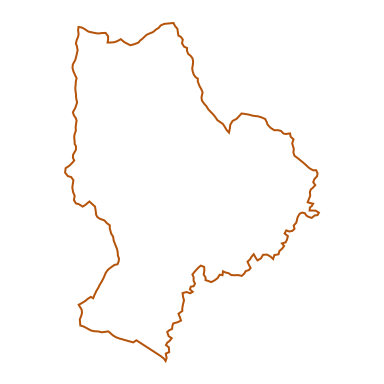 São Pedro do Turvo, São Paulo, Brazil (orthographic projection)
{"feature_id": "56859067B64478700052962", "entity_name": "São Pedro do Turvo", "entity_type": "district", "adm_level": 2, "iso_a3": "BRA", "parent_name": "Brazil", "parent_adm1": "São Paulo", "projection": "orthographic", "projection_center": [-49.764, -22.69], "detail": "fine", "context": "isolated", "style": "outline", "palette": "amber", "viewbox_px": 384, "rotation_deg": 0, "n_neighbors": 0, "source": "geoboundaries", "source_scale": "gbopen_adm2", "svg_char_len": 3947}
<svg xmlns="http://www.w3.org/2000/svg" viewBox="0 0 384 384"><path d="M134.0,44.3L130.3,45.2L124.4,42.2L120.8,39.2L117.5,41.0L114.4,42.2L110.6,42.5L107.6,42.5L108.1,39.5L108.1,36.2L105.6,32.9L102.2,33.0L98.3,33.5L94.9,33.0L88.4,31.6L84.1,28.7L81.4,27.4L78.5,27.0L78.1,30.0L78.6,34.4L77.9,37.3L76.7,40.0L75.9,43.6L76.9,46.2L77.6,50.3L76.6,54.9L75.3,59.9L72.8,64.5L72.5,68.1L73.5,71.6L75.4,75.8L76.6,78.3L75.8,81.6L75.7,84.2L75.3,87.9L75.5,91.0L76.0,94.1L76.1,97.8L77.1,102.5L75.3,107.9L72.9,112.2L73.8,115.2L75.9,118.3L76.6,120.8L76.1,123.5L75.6,127.7L75.9,130.4L74.4,134.9L74.2,137.6L74.6,141.1L74.7,143.9L76.0,146.3L75.9,149.8L73.1,154.7L72.9,157.7L74.2,160.5L72.2,162.9L69.4,165.7L65.6,168.2L65.1,172.6L67.8,176.1L71.1,177.0L73.4,180.2L72.9,183.4L72.3,187.5L73.1,192.1L74.7,195.9L73.9,200.0L75.9,203.4L78.9,204.2L82.7,206.6L85.4,204.9L89.4,201.5L92.7,204.5L95.0,206.6L95.7,210.8L96.1,214.6L97.2,216.9L99.9,218.8L104.4,220.4L106.8,223.1L109.8,225.3L109.7,228.0L111.2,233.7L113.1,236.6L113.7,240.6L116.0,246.5L117.1,249.2L117.7,252.4L117.9,255.7L119.0,258.6L118.6,261.6L117.5,264.3L114.5,264.9L111.6,266.9L108.0,269.7L105.7,272.9L103.8,277.5L101.7,281.6L99.7,284.8L98.4,287.6L96.3,291.1L94.5,294.9L93.2,298.2L90.8,296.9L87.7,298.9L85.5,300.8L83.0,302.4L78.7,304.8L81.7,309.7L82.0,312.9L81.2,315.9L79.8,319.4L80.3,325.5L83.3,326.4L85.9,327.7L90.8,330.4L93.9,331.2L98.7,331.5L101.8,332.3L108.4,331.4L113.2,335.6L116.4,337.4L119.4,338.5L133.2,342.4L136.4,340.3L160.6,356.0L163.9,358.6L165.6,361.0L166.6,358.0L165.8,353.6L169.2,352.1L168.8,347.3L166.0,345.1L167.2,342.7L169.4,341.1L171.7,338.2L168.6,336.1L167.2,332.0L169.2,330.3L172.1,328.9L172.4,325.8L173.3,323.4L177.6,322.2L181.0,320.6L180.0,317.5L178.5,313.7L182.3,311.0L182.3,308.2L182.9,304.7L184.0,300.4L183.0,296.7L182.6,293.1L186.6,292.0L190.2,293.3L192.7,291.8L189.9,289.4L190.8,286.7L193.7,286.2L195.0,283.6L193.6,280.7L193.6,277.1L192.4,274.5L194.8,271.5L198.3,267.7L200.8,265.6L204.1,266.9L204.4,270.1L203.7,274.6L205.6,277.5L205.5,280.1L208.3,281.0L211.2,282.1L214.7,280.3L217.6,278.1L219.7,274.7L222.5,275.2L223.0,271.3L225.2,272.4L228.6,273.2L231.3,275.1L234.5,275.2L238.3,275.1L241.7,275.9L244.2,273.7L245.7,271.1L248.8,270.1L250.6,268.0L248.9,264.8L247.5,261.7L250.1,259.3L251.5,256.8L253.7,254.2L255.6,257.6L257.5,260.4L260.9,258.4L263.0,254.8L267.0,254.6L270.4,256.5L273.1,259.0L274.3,255.1L278.5,254.3L279.5,250.9L282.2,248.6L284.1,246.0L282.0,243.4L285.6,242.4L287.0,239.6L287.9,236.1L284.6,233.5L286.3,230.4L289.3,231.5L292.3,230.9L294.5,228.8L293.7,225.5L296.3,222.7L297.6,217.3L299.7,213.7L302.2,212.6L304.8,213.2L306.5,215.7L308.7,216.9L311.7,217.9L314.6,215.5L317.5,215.1L318.9,212.7L315.8,210.7L312.1,210.5L309.6,210.5L309.9,207.5L311.8,206.0L313.1,203.7L310.1,203.0L307.7,202.3L308.8,199.3L310.2,195.8L309.9,192.0L310.7,189.6L312.7,187.9L315.3,185.1L313.2,182.2L314.4,179.1L317.1,176.2L317.5,173.1L316.1,170.2L313.2,170.3L310.9,169.1L308.9,167.8L305.8,164.9L302.6,162.1L300.1,160.1L297.4,157.9L294.4,155.7L293.4,152.4L293.8,148.8L292.2,143.5L293.5,139.3L290.7,136.8L290.0,133.4L286.0,134.0L283.4,133.5L281.1,131.0L278.3,130.2L274.3,130.2L270.5,127.8L267.5,124.5L266.7,122.1L265.2,119.0L261.3,117.3L258.0,116.3L255.0,116.0L252.3,115.6L248.8,114.6L244.7,113.9L241.5,113.5L238.8,116.5L236.4,119.0L232.6,120.9L230.3,124.7L229.8,128.7L229.0,132.6L226.6,130.0L224.5,126.4L222.8,123.9L219.7,121.7L217.5,120.3L215.2,116.9L212.8,114.0L210.4,111.6L208.2,109.2L206.5,106.3L204.2,103.8L201.9,100.5L201.5,97.3L202.6,92.4L201.2,89.0L199.6,86.2L197.8,81.6L197.8,78.6L195.5,77.1L193.7,74.5L192.7,71.4L192.2,68.6L192.9,64.4L193.1,61.3L192.5,58.3L190.6,55.8L188.2,53.9L186.9,50.6L187.1,48.0L184.1,46.7L182.0,43.3L182.8,39.6L180.8,36.8L178.4,35.6L178.0,33.0L177.4,28.8L175.0,26.0L173.5,23.0L170.2,23.3L164.1,23.9L160.6,25.5L158.8,27.8L156.2,29.4L152.8,32.2L149.2,33.6L146.8,34.7L144.9,36.4L142.6,38.6L140.2,40.5L138.4,42.6L134.0,44.3Z" fill="none" stroke="#b45309" stroke-width="2"/></svg>